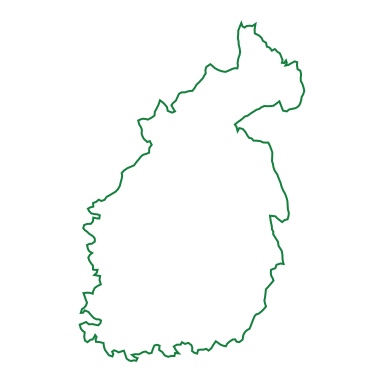 outline of Boa Vista do Cadeado, Rio Grande do Sul, Brazil
{"feature_id": "56859067B11597481085294", "entity_name": "Boa Vista do Cadeado", "entity_type": "district", "adm_level": 2, "iso_a3": "BRA", "parent_name": "Brazil", "parent_adm1": "Rio Grande do Sul", "projection": "orthographic", "projection_center": [-53.842, -28.628], "detail": "fine", "context": "isolated", "style": "outline", "palette": "green", "viewbox_px": 384, "rotation_deg": 0, "n_neighbors": 0, "source": "geoboundaries", "source_scale": "gbopen_adm2", "svg_char_len": 4793}
<svg xmlns="http://www.w3.org/2000/svg" viewBox="0 0 384 384"><path d="M87.9,208.7L89.2,211.2L91.3,213.4L94.6,214.1L97.5,214.4L99.8,215.3L99.3,218.5L96.8,218.4L93.3,217.6L92.9,221.4L90.8,223.9L87.3,223.9L84.2,225.0L83.2,228.2L84.8,230.1L87.1,231.7L89.0,233.6L90.9,234.9L93.4,236.6L94.8,238.7L94.8,241.6L91.9,243.7L89.3,243.9L87.0,245.1L88.0,249.1L89.4,251.4L92.2,253.0L89.9,254.8L88.3,257.5L89.2,260.3L91.2,263.5L92.9,265.5L93.0,269.5L95.3,269.9L97.5,269.8L96.8,272.7L94.3,275.0L97.4,275.6L100.1,276.0L99.5,280.0L100.8,284.4L97.7,285.9L94.8,287.9L93.2,291.2L92.7,293.7L89.7,292.8L86.9,292.7L83.5,293.1L84.5,295.9L85.6,299.2L87.0,302.7L86.0,305.5L84.4,307.5L81.9,309.2L80.8,312.9L83.1,312.7L84.7,310.4L88.4,311.9L91.4,315.5L93.7,317.9L96.4,319.3L99.0,319.3L101.0,320.5L100.4,323.1L98.3,325.3L95.6,324.8L92.4,324.1L88.9,324.3L86.1,322.0L82.5,323.6L79.7,324.6L80.8,328.5L82.5,330.7L84.7,332.2L84.2,336.8L85.0,340.6L87.5,342.2L90.2,339.9L92.7,339.4L94.0,337.3L95.2,335.0L96.6,337.0L95.6,339.3L96.0,341.8L99.6,342.1L103.5,343.0L104.0,346.9L105.0,349.9L106.6,352.1L109.0,355.3L112.4,356.4L113.3,354.0L112.1,351.8L114.0,350.3L116.4,351.1L118.6,352.4L121.5,351.4L123.9,350.7L125.4,354.9L126.6,358.6L129.1,360.4L131.4,361.0L133.8,360.3L136.2,360.8L137.6,358.2L134.5,357.0L132.0,354.9L135.0,354.2L139.0,354.3L143.0,352.1L145.5,351.5L149.0,353.5L151.6,352.9L152.9,349.0L154.3,345.5L157.2,344.8L159.6,345.7L159.1,349.9L162.4,352.1L164.7,355.4L168.1,356.8L171.5,355.9L174.4,356.1L175.1,353.0L178.8,353.4L176.2,350.6L173.8,346.5L176.8,344.7L180.6,344.7L181.9,342.2L185.0,343.9L188.3,342.9L191.3,345.0L192.3,347.6L192.1,351.1L194.4,352.8L197.1,353.6L198.2,349.9L200.7,349.6L203.1,349.7L206.2,348.9L208.6,350.6L211.4,348.2L213.2,345.0L215.8,341.3L218.3,343.0L220.3,344.5L223.1,345.7L225.9,346.3L227.2,343.7L229.5,341.6L232.7,339.5L235.2,339.4L236.5,341.7L239.3,342.1L242.6,339.6L243.3,335.1L245.0,332.0L247.1,330.1L249.6,328.7L251.6,323.6L253.3,319.2L254.7,316.0L256.3,314.3L258.6,313.7L261.3,311.6L263.8,309.1L266.0,306.5L265.0,303.4L264.4,300.6L265.0,297.5L265.5,293.5L265.9,289.3L268.7,286.3L273.5,280.6L272.5,277.9L271.2,275.7L270.8,272.4L271.0,269.8L275.3,268.2L276.5,264.8L280.6,263.5L283.6,264.0L282.6,259.9L282.4,254.8L281.8,251.1L280.3,248.6L278.5,245.7L278.0,241.8L276.0,238.7L273.2,234.2L273.3,231.6L272.0,229.4L271.8,226.3L270.7,221.1L270.0,215.7L275.3,216.3L277.4,218.4L282.1,222.1L284.5,220.1L287.6,219.3L288.6,215.7L288.8,212.6L287.9,209.5L287.6,204.3L287.4,201.1L286.6,197.9L285.1,193.8L283.2,190.5L281.6,186.8L280.5,182.6L279.3,179.8L278.2,177.0L277.3,174.5L275.8,172.3L274.3,169.8L273.5,167.4L273.0,164.1L272.0,161.0L272.2,157.4L272.3,152.3L271.0,148.7L269.9,145.8L268.3,142.6L265.6,142.6L263.3,142.5L260.5,141.2L256.9,140.7L253.4,140.6L251.7,138.4L249.2,137.9L247.5,135.7L245.5,132.1L242.7,128.9L239.3,128.1L237.6,131.2L236.5,126.8L234.9,124.5L237.5,122.3L240.4,120.3L242.3,118.8L244.7,116.6L247.7,115.7L250.8,113.4L254.1,111.3L256.6,109.7L259.1,109.0L261.0,107.5L264.3,106.0L267.4,106.2L270.3,106.1L273.3,105.8L276.1,103.8L279.4,101.3L283.0,110.6L286.8,111.4L289.1,109.5L292.3,108.8L295.1,108.3L297.6,107.0L299.5,105.0L300.6,102.2L301.3,99.7L301.6,97.1L303.2,94.3L304.3,90.8L303.4,87.0L302.2,83.5L300.8,81.1L300.7,77.7L301.1,74.2L300.3,70.6L297.6,69.3L297.0,65.4L297.2,62.2L294.8,61.4L291.5,63.1L288.3,65.0L285.4,65.5L286.8,62.9L286.0,60.4L284.2,63.0L281.9,62.8L282.6,60.2L281.6,57.6L279.9,53.4L277.4,51.8L274.8,49.0L271.9,50.7L269.6,47.6L266.8,46.6L266.1,42.8L262.9,40.8L261.6,37.9L259.0,35.5L254.8,33.4L254.6,29.5L255.0,26.7L255.5,23.9L252.2,26.1L250.0,25.7L246.6,26.0L244.6,27.6L242.5,26.4L241.3,23.0L239.7,26.9L238.3,30.5L238.2,34.5L237.8,38.3L238.5,40.8L238.7,44.6L239.7,48.7L240.1,52.0L239.6,55.0L238.5,57.9L238.0,60.4L237.6,63.0L237.9,65.9L237.3,68.4L234.7,68.2L232.1,69.0L229.6,70.2L225.5,71.9L221.5,71.2L218.3,70.0L214.8,68.1L212.4,65.9L210.3,64.2L208.3,65.6L206.3,67.0L205.4,69.9L205.7,73.5L204.1,75.7L203.1,77.9L201.0,80.2L198.8,82.6L196.6,84.6L194.8,87.7L192.5,90.8L189.9,91.0L187.6,91.5L184.6,92.4L181.7,92.3L178.9,93.9L177.4,97.3L175.9,100.6L172.9,103.2L171.4,105.3L173.2,108.6L175.0,111.3L172.4,112.6L170.0,111.8L167.7,110.8L167.0,107.1L163.7,103.2L160.0,100.3L158.4,105.0L156.5,108.7L154.8,111.9L154.5,115.6L151.2,117.9L147.8,119.6L145.6,119.0L143.3,118.7L140.8,119.3L138.2,120.5L139.2,124.4L140.9,127.1L141.9,129.8L141.6,133.5L142.5,136.3L143.9,138.9L147.3,142.0L149.8,141.1L151.7,144.8L149.3,148.0L149.1,152.7L146.4,153.8L143.0,154.8L140.8,156.7L138.8,159.3L136.1,162.5L134.1,165.3L127.4,168.2L124.0,170.5L121.7,173.0L122.2,175.7L121.6,179.1L120.7,182.3L119.9,185.7L118.0,189.2L115.7,191.6L112.4,193.6L109.9,195.1L106.6,196.9L104.6,199.8L101.4,201.0L98.6,199.7L96.3,201.8L93.1,203.0L93.3,206.6L90.2,207.4L87.9,208.7Z" fill="none" stroke="#15803d" stroke-width="2"/></svg>